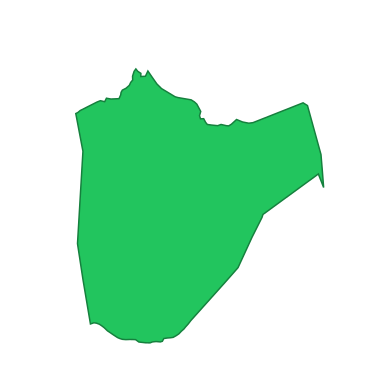 Cuité, Paraíba, Brazil (Equal Earth projection), rotated 343°
{"feature_id": "56859067B4229147506031", "entity_name": "Cuité", "entity_type": "district", "adm_level": 2, "iso_a3": "BRA", "parent_name": "Brazil", "parent_adm1": "Paraíba", "projection": "equal_earth", "projection_center": [-36.09, -6.543], "detail": "fine", "context": "isolated", "style": "filled", "palette": "green", "viewbox_px": 384, "rotation_deg": 343, "n_neighbors": 0, "source": "geoboundaries", "source_scale": "gbopen_adm2", "svg_char_len": 1296}
<svg xmlns="http://www.w3.org/2000/svg" viewBox="0 0 384 384"><g transform="rotate(343 192 192)"><path d="M103.8,83.0L99.6,121.2L67.4,207.9L62.1,244.1L56.3,288.5L60.0,288.4L62.3,289.5L64.8,291.4L66.5,293.5L68.3,296.0L70.6,300.1L72.5,302.4L74.7,305.2L78.2,309.4L80.2,311.1L82.3,312.5L85.5,313.8L89.3,314.8L92.4,315.8L94.9,316.7L97.3,319.9L99.8,321.0L103.5,322.6L107.8,324.0L110.4,323.8L113.9,324.5L117.9,326.1L120.0,326.1L122.2,323.9L125.7,324.4L128.8,325.1L131.5,325.5L135.1,324.7L138.0,323.8L141.2,322.0L144.3,320.6L146.3,319.2L149.8,317.1L153.3,314.6L198.0,287.6L213.9,277.8L236.2,252.8L251.5,236.8L253.3,234.2L318.1,211.7L319.2,226.2L323.0,209.1L326.3,193.9L327.7,143.1L324.3,139.2L270.6,143.5L266.4,142.8L260.8,139.8L255.8,135.7L249.5,138.7L246.4,139.5L244.2,138.6L239.5,135.9L236.0,136.1L230.3,133.7L226.4,131.9L225.4,129.4L224.6,125.3L221.5,124.5L221.5,121.2L223.9,117.5L222.3,109.4L220.6,106.5L218.1,103.6L206.2,97.6L203.7,96.0L193.1,84.2L190.0,78.4L187.4,70.4L185.2,63.4L181.3,67.7L176.8,66.6L177.8,63.6L175.4,60.7L174.3,57.9L171.9,59.7L169.0,63.9L168.0,67.6L165.5,69.2L163.2,71.7L159.2,73.5L155.2,74.2L153.3,76.0L152.2,78.3L149.5,81.4L141.7,79.4L137.6,77.3L134.9,80.1L131.1,77.9L127.4,78.2L108.9,81.4L106.1,82.6L103.8,83.0Z" fill="#22c55e" stroke="#15803d" stroke-width="1.5"/></g></svg>